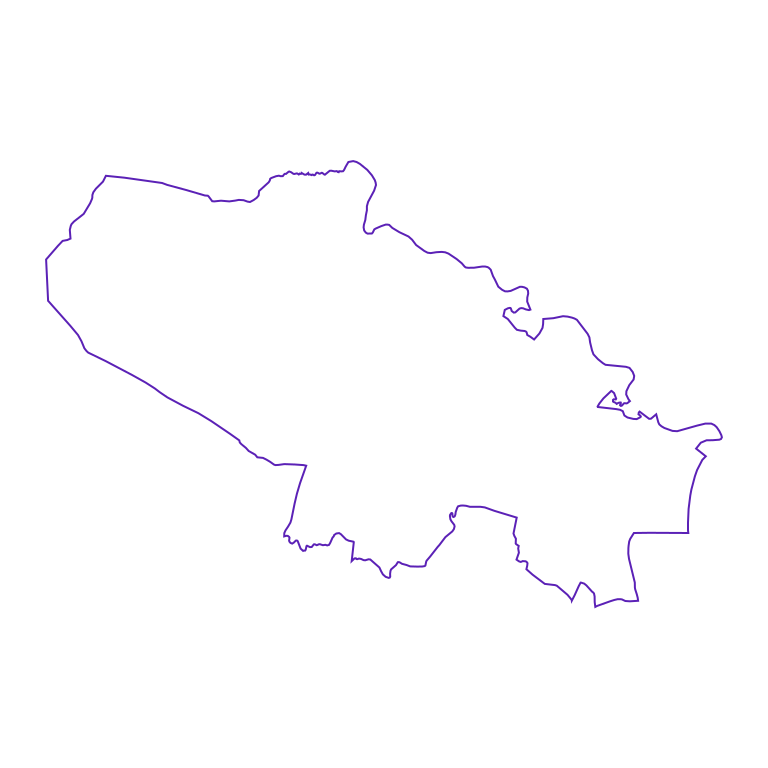 outline of Ninh Phuoc, Ninh Thuận, Vietnam
{"feature_id": "81297802B18401806223645", "entity_name": "Ninh Phuoc", "entity_type": "district", "adm_level": 2, "iso_a3": "VNM", "parent_name": "Vietnam", "parent_adm1": "Ninh Thuận", "projection": "orthographic", "projection_center": [108.902, 11.561], "detail": "fine", "context": "isolated", "style": "outline", "palette": "violet", "viewbox_px": 768, "rotation_deg": 0, "n_neighbors": 0, "source": "geoboundaries", "source_scale": "gbopen_adm2", "svg_char_len": 6092}
<svg xmlns="http://www.w3.org/2000/svg" viewBox="0 0 768 768"><path d="M494.9,279.6L493.0,276.1L490.7,269.7L488.9,267.9L487.6,267.1L485.0,266.5L482.4,266.5L474.2,267.7L468.2,267.8L465.9,267.5L464.7,266.7L461.8,263.3L456.7,259.1L448.5,253.6L445.2,252.3L441.7,251.9L436.4,252.2L430.7,253.1L427.6,252.7L424.2,250.9L416.1,245.0L412.1,239.7L408.5,236.5L399.4,232.2L392.3,227.9L389.2,224.9L387.5,224.6L385.7,224.6L381.3,226.1L375.8,228.5L374.3,229.4L372.8,232.5L371.9,233.5L367.5,233.6L365.8,232.6L364.2,230.5L363.6,227.4L363.9,224.7L365.3,220.0L365.9,215.2L366.9,210.3L366.9,206.2L368.1,201.9L374.1,190.7L376.0,185.0L375.6,182.5L374.8,180.1L371.9,175.3L367.3,169.9L359.9,163.9L356.6,162.0L353.2,161.1L348.4,162.0L345.7,166.6L344.1,169.9L343.1,171.2L341.5,171.4L339.2,171.2L338.7,172.2L337.8,172.0L336.8,171.1L334.8,171.4L331.2,170.7L329.7,170.8L324.9,174.7L324.3,174.5L322.3,172.9L321.6,172.8L320.4,173.5L319.3,173.7L317.8,172.8L317.0,172.6L316.3,173.0L315.1,174.9L314.1,175.3L312.9,174.6L312.2,174.6L311.7,175.1L309.6,174.4L308.6,174.6L308.3,174.3L308.4,173.8L308.2,173.0L306.0,174.7L304.4,174.6L301.7,173.0L301.6,173.7L300.6,173.9L299.7,173.6L298.8,174.5L297.5,173.6L296.8,173.4L294.2,174.0L293.4,173.8L291.1,172.2L289.2,171.5L288.5,171.8L286.0,173.9L284.9,173.8L284.2,174.3L282.8,176.1L280.7,176.2L278.9,175.7L276.1,176.2L271.3,178.0L270.2,178.8L269.8,180.5L268.7,182.3L259.1,191.0L258.6,195.5L256.7,197.8L253.7,200.0L250.0,202.0L247.5,201.6L243.6,200.2L238.8,199.9L235.2,200.6L229.3,201.4L221.0,200.7L214.2,201.4L212.2,201.2L208.6,196.4L207.8,195.7L204.9,195.5L186.5,190.1L167.2,184.9L162.1,183.0L124.5,177.7L105.9,175.8L103.0,181.6L95.9,188.7L93.3,192.3L92.4,195.0L92.3,197.7L92.0,198.9L90.1,203.3L83.7,213.9L74.0,221.5L71.5,224.2L70.8,225.8L69.8,229.9L70.5,238.6L67.3,240.0L62.6,240.9L57.9,245.9L46.1,259.5L48.1,300.8L70.3,325.8L78.0,335.0L81.5,341.3L84.4,348.3L86.5,351.0L88.2,352.6L105.7,361.1L132.1,375.0L145.7,382.6L154.9,388.5L159.6,392.1L167.4,397.4L182.9,405.7L198.4,413.2L211.3,421.1L230.0,433.8L239.3,440.4L239.8,442.5L241.5,444.3L245.9,447.9L248.7,451.0L255.2,454.7L257.3,457.3L263.0,457.9L266.4,459.6L270.1,461.8L274.0,464.6L275.4,465.1L278.6,464.9L284.3,464.1L294.9,464.5L303.5,465.1L306.2,465.7L300.1,483.0L296.9,493.8L294.6,503.6L291.4,519.4L290.4,522.6L288.0,526.7L285.5,530.4L284.3,533.1L284.2,536.4L286.3,535.8L287.8,535.9L289.1,536.9L289.5,537.7L289.1,540.6L289.4,541.6L290.5,542.9L292.2,543.6L293.8,542.6L295.8,540.6L296.9,540.5L297.7,541.1L300.6,548.6L303.1,550.9L303.6,550.6L305.1,550.6L305.7,549.7L306.5,546.1L307.0,545.7L310.0,547.1L311.7,547.0L313.8,544.4L314.8,544.3L316.7,545.2L317.9,544.8L318.4,544.4L319.8,544.2L322.9,545.2L325.4,544.8L327.2,545.4L329.0,544.9L330.2,542.9L332.6,537.5L333.7,536.4L334.1,535.1L336.3,533.5L339.1,533.1L340.9,534.2L346.0,539.4L348.7,540.7L353.5,541.7L353.8,542.1L351.7,561.1L354.4,558.5L355.1,558.3L355.9,558.3L356.4,559.0L357.1,559.2L358.9,558.6L359.9,558.7L361.2,559.0L363.5,560.1L365.2,560.3L368.5,559.3L370.3,559.5L379.4,567.5L381.1,571.2L382.9,574.4L385.6,576.8L388.7,577.9L389.7,577.6L390.2,576.7L390.1,573.7L390.5,570.8L391.1,569.4L396.0,565.1L397.8,562.2L398.5,562.1L399.6,562.3L402.0,563.8L406.5,565.0L410.2,566.4L417.5,566.6L422.3,566.5L424.7,566.1L425.4,565.5L426.2,561.6L426.6,560.7L430.1,556.6L437.7,546.9L439.4,545.0L445.4,537.1L452.3,531.4L453.9,529.1L454.6,526.4L454.2,524.8L451.5,521.3L450.4,519.3L449.9,516.0L450.1,514.8L451.3,513.1L451.7,513.0L452.2,513.2L452.4,513.7L452.5,515.9L452.9,516.7L453.6,517.0L454.7,516.3L455.4,514.5L455.7,512.0L457.2,507.8L458.1,506.3L460.7,505.6L462.9,505.5L466.1,505.8L469.9,506.8L480.4,506.8L484.8,507.4L494.3,510.8L516.7,517.6L513.5,533.5L514.4,536.0L515.9,538.7L515.7,543.5L516.1,544.1L518.7,545.9L518.2,548.5L518.9,552.7L516.5,559.6L519.1,561.4L520.6,561.9L521.5,561.7L522.6,561.1L525.7,561.3L527.0,562.3L527.5,563.2L527.2,565.8L526.4,569.2L532.5,574.6L544.8,583.9L555.0,585.1L556.8,585.7L567.5,594.8L570.4,598.3L571.7,600.0L571.8,600.7L574.7,595.1L578.7,586.2L580.6,582.6L581.0,582.6L584.2,583.6L586.4,585.4L592.1,591.7L593.2,592.5L594.0,593.5L594.6,596.4L594.7,602.1L595.3,606.9L597.2,605.9L610.1,601.3L614.2,600.0L617.6,599.2L620.5,599.2L621.9,599.4L625.3,601.0L629.8,601.3L638.1,600.8L637.7,597.8L636.8,594.3L635.2,589.3L634.9,587.6L634.8,582.5L629.0,558.8L628.3,553.7L628.4,548.0L628.6,545.7L629.2,541.5L630.2,538.9L633.9,533.0L649.6,532.8L688.3,533.0L688.0,530.2L688.0,522.6L688.6,508.9L690.3,495.4L691.4,489.5L694.9,476.3L697.1,470.0L702.3,459.9L705.8,456.3L696.1,448.6L700.8,442.7L706.5,440.3L712.7,440.2L719.3,439.7L721.0,439.0L721.9,437.3L721.3,435.1L719.4,431.2L716.7,427.2L714.4,425.1L711.3,423.6L705.3,423.6L697.1,425.6L677.2,431.2L672.5,430.9L664.4,428.0L661.5,426.3L659.3,424.4L658.3,422.3L656.2,414.3L651.0,418.7L649.1,418.8L639.6,411.6L638.8,412.5L638.5,414.3L640.4,415.7L640.8,416.7L640.2,417.3L636.7,419.1L633.3,418.9L627.5,417.5L624.4,415.5L622.8,411.2L620.1,409.8L616.2,409.1L597.8,407.0L597.6,406.5L599.3,403.6L603.4,398.4L611.3,390.9L611.9,391.2L614.1,393.1L616.2,398.7L615.8,399.4L613.7,399.3L613.0,399.9L613.0,401.5L613.3,401.8L615.6,402.8L616.7,403.9L618.1,403.0L619.3,402.6L620.7,402.5L620.9,403.0L620.0,405.2L620.8,405.9L621.4,405.8L621.9,405.6L624.0,403.3L624.5,403.2L626.6,403.4L627.4,403.1L629.9,401.1L628.5,399.3L626.2,394.5L626.4,391.2L629.3,385.1L633.6,379.5L634.2,375.9L632.7,372.0L629.5,367.9L625.9,366.8L605.5,364.8L602.8,363.1L598.0,359.2L593.5,354.4L592.0,350.3L590.1,342.4L589.4,337.4L587.6,333.8L576.9,319.8L574.5,318.5L571.9,317.6L567.6,316.6L563.0,316.2L553.3,318.2L543.3,319.0L543.1,324.1L542.5,327.9L539.4,333.5L534.1,339.5L530.3,336.7L527.3,335.0L526.6,332.3L526.0,331.6L524.7,331.0L520.6,330.6L516.9,329.8L514.8,327.7L507.8,319.0L503.4,316.1L504.8,309.9L507.9,308.3L509.6,307.9L510.5,308.0L511.0,308.8L511.7,311.0L513.8,312.6L515.3,312.4L519.5,308.6L521.2,308.1L523.1,308.3L525.8,309.4L529.0,310.1L530.4,309.6L527.2,301.6L527.3,297.5L528.2,293.6L528.0,290.8L526.9,288.7L524.5,287.4L522.0,286.8L519.9,286.8L510.7,290.9L507.5,291.4L505.0,291.3L502.1,289.8L498.3,286.7L494.9,279.6Z" fill="none" stroke="#5b21b6" stroke-width="2"/></svg>